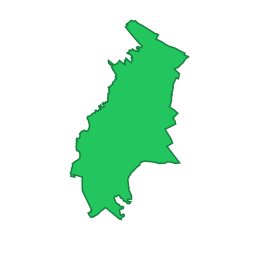 Gohor, Galati, Romania, rotated 36°
{"feature_id": "2599482B74924785680868", "entity_name": "Gohor", "entity_type": "district", "adm_level": 2, "iso_a3": "ROU", "parent_name": "Romania", "parent_adm1": "Galati", "projection": "natural_earth1", "projection_center": [27.4, 46.03], "detail": "fine", "context": "isolated", "style": "filled", "palette": "green", "viewbox_px": 256, "rotation_deg": 36, "n_neighbors": 0, "source": "geoboundaries", "source_scale": "gbopen_adm2", "svg_char_len": 5677}
<svg xmlns="http://www.w3.org/2000/svg" viewBox="0 0 256 256"><g transform="rotate(36 128 128)"><path d="M150.5,222.0L150.8,221.1L151.6,221.0L152.1,220.5L152.6,219.4L153.3,217.2L153.9,216.7L154.2,215.8L154.6,213.9L154.4,213.0L156.1,207.5L156.6,205.5L174.2,206.6L175.4,206.4L176.2,206.0L175.7,205.7L175.5,204.8L175.9,203.0L176.6,202.2L176.6,201.2L175.8,200.4L174.8,200.5L174.3,201.4L173.9,202.6L173.3,202.9L172.2,202.2L171.0,200.9L169.5,199.6L169.3,199.0L170.3,197.0L171.4,196.5L171.1,195.1L170.4,194.5L169.4,194.8L169.1,195.5L168.0,196.1L166.2,195.3L163.6,195.6L162.3,195.5L158.5,193.2L157.9,192.7L157.5,191.5L159.1,189.9L159.3,188.5L160.0,187.8L161.0,187.6L161.5,187.8L162.1,188.4L163.1,189.0L165.2,188.4L165.7,188.4L167.1,189.6L168.1,189.5L168.7,189.0L170.0,188.9L170.6,189.3L171.9,189.4L173.6,188.4L173.8,187.2L173.5,186.0L171.2,187.3L170.2,186.8L169.9,186.5L169.5,185.9L170.0,185.4L170.6,185.4L171.1,184.6L172.3,183.5L172.6,183.5L171.1,181.2L169.8,180.1L167.7,179.3L167.1,178.6L166.6,178.3L165.5,178.0L165.0,177.5L164.1,175.9L162.5,174.7L158.5,170.2L157.8,169.2L157.2,165.8L157.4,164.7L157.4,164.0L157.0,163.6L156.8,162.4L157.6,159.5L157.8,156.9L158.3,154.0L159.2,151.7L159.2,151.1L159.1,150.6L158.7,149.8L158.3,148.8L158.8,147.8L159.7,146.4L162.0,144.3L164.0,143.3L164.9,142.5L170.1,139.8L173.6,138.6L177.2,135.9L178.9,134.1L179.3,133.7L179.5,133.1L179.6,132.3L180.0,131.8L181.0,131.4L183.3,130.0L184.6,129.6L186.4,129.3L190.3,125.9L170.3,120.0L172.9,114.0L169.1,111.5L158.7,107.3L164.2,96.7L161.6,94.6L160.8,94.3L160.2,94.2L159.7,93.8L158.6,93.5L159.6,86.8L154.7,86.3L151.5,86.5L148.9,86.4L149.0,86.0L148.8,84.6L146.8,79.8L145.7,78.5L145.0,77.9L144.7,76.5L144.1,75.1L143.4,75.6L143.4,75.2L142.5,72.5L141.6,70.5L140.8,68.9L139.3,66.7L138.8,65.6L138.5,64.1L137.6,59.1L139.8,58.7L139.5,57.5L138.6,56.3L137.8,53.9L130.9,53.1L131.1,52.3L132.3,50.6L133.1,48.6L133.3,47.8L133.5,45.6L133.7,44.8L133.8,44.2L134.1,43.1L134.2,42.0L133.9,39.8L133.9,39.0L134.6,35.8L135.2,34.9L134.3,34.8L132.4,35.5L130.7,35.9L130.1,34.0L127.6,34.6L124.9,34.9L124.1,35.2L119.4,35.7L112.2,38.0L106.9,38.4L105.8,38.4L101.7,38.9L100.3,39.3L98.5,39.6L98.4,38.4L97.8,35.6L97.8,34.8L95.7,35.0L94.4,35.7L78.9,36.7L76.1,37.2L74.1,37.5L72.1,37.0L70.5,37.2L70.1,38.1L69.6,38.8L68.6,38.6L67.3,39.0L66.7,41.8L66.2,43.3L65.7,45.1L67.4,45.2L67.2,45.6L66.5,47.7L69.6,48.4L69.6,48.6L80.8,51.5L91.0,53.6L91.3,53.7L91.2,54.0L91.7,54.7L91.5,55.1L91.3,55.3L89.0,56.0L88.2,56.4L87.9,56.8L87.6,57.7L87.8,58.2L88.4,58.6L90.2,57.5L90.8,57.6L91.0,57.9L90.1,58.4L90.0,58.8L90.3,59.2L91.4,59.8L91.4,60.1L90.3,60.6L89.3,60.6L89.1,60.8L89.1,61.3L88.7,61.5L88.1,61.2L86.8,61.5L85.4,61.4L85.1,61.5L85.2,62.0L85.6,62.6L85.6,63.0L85.3,63.3L84.6,63.4L83.4,64.3L83.3,64.5L83.4,64.9L84.3,65.7L84.4,66.1L84.3,66.5L83.7,67.1L83.2,67.3L83.0,67.6L83.4,67.9L84.4,67.9L84.9,67.8L85.1,67.5L85.6,67.2L89.3,67.5L89.8,67.9L89.1,68.6L89.1,69.1L89.7,69.6L90.7,69.6L90.9,70.1L90.7,70.4L91.5,70.8L91.8,70.6L92.1,73.4L85.4,72.7L85.9,73.4L86.4,73.5L86.8,73.7L86.4,74.0L86.0,74.0L85.6,75.0L85.7,75.5L86.1,75.8L86.7,75.8L86.7,77.0L88.3,78.1L88.4,78.4L88.3,78.7L81.4,78.4L81.6,79.9L81.0,83.2L80.8,83.6L79.3,84.8L79.0,85.3L72.5,84.8L72.6,85.2L73.2,85.5L73.8,86.5L74.2,86.8L74.9,86.9L75.3,86.6L75.6,87.1L75.9,87.2L77.4,87.0L77.5,87.0L77.6,87.4L77.9,87.5L78.1,87.4L78.7,86.8L78.9,86.8L79.0,87.1L78.9,88.0L79.4,88.8L79.8,88.9L80.9,88.8L81.3,89.0L81.2,89.4L81.3,89.7L81.6,89.9L83.9,90.4L84.6,91.0L85.6,91.5L86.3,91.3L87.2,91.6L87.5,93.8L87.9,94.1L88.7,94.1L89.4,94.4L89.6,94.8L89.5,95.1L88.9,95.6L89.5,97.6L89.5,98.0L89.1,98.6L89.0,100.2L89.1,100.7L90.1,101.6L89.3,102.9L89.2,103.5L89.5,104.6L89.2,105.3L89.2,106.0L88.9,106.2L88.2,106.2L88.1,106.5L88.4,106.8L89.6,107.3L89.9,108.2L90.8,108.7L90.7,109.2L90.9,109.7L92.1,110.0L92.6,110.3L92.7,110.5L91.7,111.6L91.6,111.9L91.8,112.4L92.5,112.9L92.7,113.2L94.2,116.0L95.2,117.1L96.0,118.3L96.0,119.0L95.8,119.5L95.6,119.7L95.1,119.7L94.7,120.1L94.8,120.4L95.0,120.7L95.2,121.3L94.8,121.6L94.4,121.5L93.1,122.0L92.9,123.3L93.6,123.7L94.5,123.7L95.4,124.1L96.1,124.8L96.1,125.2L96.0,125.7L95.6,126.2L94.8,126.0L93.6,126.2L93.4,126.2L92.6,125.4L92.3,125.4L92.2,125.6L92.3,126.1L92.4,126.3L93.0,126.6L93.1,126.9L92.7,127.4L92.4,127.4L91.9,127.2L91.6,127.2L91.5,127.4L91.9,127.8L92.6,128.2L94.4,128.1L95.2,128.8L95.2,129.2L95.1,129.3L94.6,129.2L93.9,129.3L93.7,129.5L93.8,130.0L93.6,131.0L94.0,131.9L93.9,132.2L93.6,132.4L91.9,132.3L91.4,132.6L91.3,133.0L91.4,133.4L91.9,134.1L92.7,134.6L92.8,134.7L92.6,135.3L91.6,135.8L91.4,136.1L90.7,137.7L90.5,138.5L90.6,139.6L90.3,140.5L88.9,141.9L88.7,142.5L88.8,143.0L89.0,143.7L89.5,144.3L91.4,145.1L92.2,145.7L93.6,146.8L94.9,148.3L96.0,149.1L97.1,153.5L97.1,154.1L97.0,154.5L96.3,155.2L95.1,155.2L93.7,155.8L93.5,156.2L93.5,156.6L92.4,158.2L92.4,158.7L92.5,159.8L92.3,160.8L92.3,161.3L92.7,161.8L93.5,162.1L93.9,162.4L94.1,162.9L94.6,164.6L94.6,165.1L94.3,165.7L93.2,166.0L92.6,166.4L92.7,166.8L93.3,167.5L93.3,168.3L93.6,168.6L93.9,168.8L94.7,168.6L95.1,168.7L95.2,169.3L95.0,169.8L95.2,170.8L95.5,171.2L96.2,171.4L96.4,171.9L96.7,173.2L98.9,175.7L99.4,176.0L100.1,176.3L100.4,176.2L100.3,175.7L100.9,175.6L101.4,175.9L103.4,176.2L104.0,177.0L104.7,177.5L105.0,178.2L105.6,178.8L106.1,179.7L106.6,180.3L106.6,182.4L106.5,182.9L106.0,183.5L104.9,186.3L104.6,187.5L104.2,188.3L104.1,189.7L104.4,190.2L105.1,190.6L105.6,191.5L106.2,194.0L107.0,195.1L107.4,196.0L107.8,197.5L107.9,198.3L110.1,199.7L110.3,200.4L109.5,200.9L113.8,199.0L113.1,198.1L112.7,198.3L111.4,197.7L119.7,194.5L127.2,204.6L128.8,206.0L146.9,215.7L146.5,216.4L146.5,217.0L147.6,217.3L145.7,220.2L146.9,220.9L149.0,221.6L149.5,221.6L150.5,222.0Z" fill="#22c55e" stroke="#15803d" stroke-width="1.5"/></g></svg>